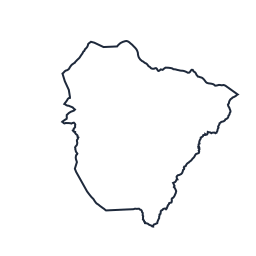 the district of Baringo North, Rift Valley, Kenya, rotated 208°
{"feature_id": "3690345B96976797039875", "entity_name": "Baringo North", "entity_type": "district", "adm_level": 2, "iso_a3": "KEN", "parent_name": "Kenya", "parent_adm1": "Rift Valley", "projection": "mercator", "projection_center": [35.764, 0.769], "detail": "fine", "context": "isolated", "style": "outline", "palette": "slate", "viewbox_px": 256, "rotation_deg": 208, "n_neighbors": 0, "source": "geoboundaries", "source_scale": "gbopen_adm2", "svg_char_len": 5679}
<svg xmlns="http://www.w3.org/2000/svg" viewBox="0 0 256 256"><g transform="rotate(208 128 128)"><path d="M136.8,192.0L137.6,192.2L138.9,192.2L140.0,192.8L141.2,193.3L142.2,193.5L143.7,193.4L144.9,193.6L145.9,193.8L147.2,193.7L148.2,194.0L148.8,194.1L149.3,194.2L149.9,194.5L150.4,194.8L151.1,195.1L151.4,195.3L152.2,195.9L153.1,196.9L153.8,197.7L154.5,198.9L155.7,200.1L157.3,201.3L159.4,202.2L161.1,202.7L163.5,203.5L165.6,203.9L167.1,204.3L168.9,204.4L170.2,204.1L171.3,203.3L173.0,201.6L174.5,199.5L175.1,198.0L175.6,196.5L175.9,194.9L187.6,188.0L197.9,187.5L201.2,186.7L201.7,185.6L202.2,184.6L202.6,183.4L202.2,182.0L202.1,180.5L202.3,179.4L202.6,178.2L203.0,177.2L202.8,176.2L202.8,175.4L203.3,174.6L203.3,173.4L203.2,172.4L203.4,171.4L203.6,169.8L203.7,168.5L203.8,167.4L204.1,166.2L204.5,165.2L204.9,164.0L205.2,162.8L205.6,161.7L205.5,160.9L206.2,159.7L206.7,158.7L207.3,157.5L207.6,156.3L207.7,155.4L207.9,153.9L207.8,152.8L208.3,151.4L209.1,150.2L209.9,149.5L210.5,148.3L210.9,146.5L211.4,145.3L205.8,139.7L198.1,133.8L193.8,128.1L193.4,127.3L194.4,126.5L194.8,125.3L194.8,124.2L194.9,123.1L195.1,121.7L195.4,120.3L195.5,119.3L194.4,119.4L193.3,119.2L192.0,119.3L190.9,119.8L189.5,119.9L187.9,120.1L186.5,120.2L185.0,119.7L183.5,119.4L183.8,118.2L184.9,116.8L185.8,115.9L186.5,114.8L187.3,113.4L187.7,112.1L188.2,110.8L187.6,109.5L186.8,108.3L186.5,107.2L187.2,106.2L187.8,105.1L188.3,104.0L188.9,103.0L189.0,102.6L188.0,102.6L187.2,102.1L186.2,102.2L185.8,102.6L185.4,103.2L184.2,103.7L182.9,104.4L182.0,104.8L181.0,105.2L180.1,105.3L179.4,106.3L178.3,107.3L177.0,106.9L176.1,106.2L175.8,105.1L175.1,104.0L175.3,102.9L175.6,101.9L175.1,100.9L175.6,100.0L174.3,99.3L172.8,99.7L172.4,98.8L171.1,98.2L169.5,97.9L168.8,97.4L168.5,96.5L167.4,96.4L167.4,95.5L167.2,94.6L167.4,93.6L167.4,93.3L167.2,92.9L166.7,92.1L166.0,91.4L165.5,90.3L165.4,89.9L165.2,88.5L165.6,87.2L165.6,86.0L164.9,85.3L164.6,84.5L163.9,83.9L163.2,83.0L162.4,82.4L161.5,82.0L161.0,81.7L160.7,81.6L160.6,80.8L161.0,79.9L160.8,78.8L160.2,77.2L159.2,75.9L158.1,74.9L157.1,73.9L155.8,67.1L155.0,66.4L154.1,65.7L153.7,65.3L153.2,64.9L134.4,52.8L132.1,51.7L130.1,50.8L127.7,49.8L126.3,49.4L125.1,49.0L123.4,48.0L121.4,47.0L120.2,46.6L118.7,46.5L117.4,46.3L116.6,46.1L115.4,45.9L114.3,45.8L113.8,45.7L113.3,45.6L112.4,45.5L111.3,45.4L110.0,45.1L108.7,44.9L89.8,56.1L86.0,58.3L84.9,59.0L84.1,59.9L83.5,60.2L83.1,60.4L82.3,60.7L81.4,61.3L80.3,61.9L79.2,61.6L78.8,61.6L78.3,61.8L77.5,61.6L76.8,61.2L76.2,60.4L75.2,60.0L74.5,58.8L74.1,57.8L73.2,57.3L72.9,56.2L72.3,55.4L71.9,54.2L70.5,53.9L69.8,52.9L68.8,52.9L68.3,52.0L66.8,52.6L65.3,52.8L64.1,52.5L62.9,52.6L61.4,52.8L60.6,52.5L60.3,52.5L59.5,52.8L60.0,53.6L59.8,55.0L59.0,55.8L58.4,56.6L57.5,57.7L58.0,59.2L58.1,60.3L58.2,61.4L58.2,61.8L58.2,62.6L58.2,63.2L58.9,64.3L59.0,65.5L59.6,66.4L59.0,67.5L59.5,68.8L60.0,69.9L59.8,71.0L59.5,71.2L59.1,71.7L59.0,72.8L58.2,73.8L57.3,74.4L56.3,74.1L56.0,75.1L56.3,76.3L56.2,77.3L56.5,78.1L56.4,79.0L56.1,80.0L56.4,80.9L55.7,81.7L54.7,82.6L54.8,83.5L55.0,83.9L55.1,84.3L55.6,85.0L56.1,85.8L56.0,86.2L56.0,86.9L55.8,87.2L55.5,87.4L55.2,88.4L55.1,89.6L55.1,90.6L55.3,91.6L55.2,92.6L55.4,93.2L55.6,94.0L55.8,94.9L56.5,95.5L57.4,96.2L58.6,97.0L59.8,97.4L59.7,98.7L60.9,99.5L61.6,100.2L62.4,100.7L61.6,101.7L61.0,102.5L60.8,103.6L60.9,105.2L60.2,105.8L61.3,106.6L62.2,107.7L62.1,108.9L61.7,109.8L60.8,110.5L60.1,111.4L59.4,112.4L59.1,113.8L59.3,115.5L59.7,116.7L59.2,117.9L59.4,118.7L60.2,119.4L60.2,120.4L59.2,121.3L59.2,121.9L59.3,123.0L59.1,124.3L58.6,125.4L58.1,126.1L57.9,127.2L57.3,128.1L56.9,129.4L56.7,130.4L56.6,131.4L56.3,132.0L56.0,133.1L55.9,134.1L55.9,134.7L56.0,135.0L55.9,136.0L55.8,136.8L55.3,137.4L54.5,138.3L53.8,139.1L54.0,140.5L55.0,141.3L54.8,142.5L55.0,142.8L55.4,143.0L56.2,143.2L56.9,144.1L56.1,144.4L56.5,144.8L57.0,145.2L57.4,145.6L57.7,146.0L58.0,146.8L57.5,147.8L58.4,148.7L58.7,149.8L58.9,151.0L58.8,152.2L58.9,153.1L59.3,153.7L58.7,154.6L58.0,155.8L58.2,157.1L57.3,157.7L56.6,158.1L57.0,158.9L55.8,158.8L55.1,159.5L55.2,160.7L55.7,162.0L54.6,162.2L53.4,162.7L52.0,162.5L51.5,163.3L50.5,164.0L49.4,164.6L48.4,164.4L47.9,165.1L47.6,165.5L47.8,166.1L47.8,166.4L47.7,167.4L48.2,168.7L48.3,169.8L48.2,170.7L49.0,171.3L49.1,172.6L49.0,174.0L49.4,175.1L48.9,176.0L48.5,177.2L47.3,178.2L46.6,179.0L46.0,180.3L46.1,181.3L45.6,181.9L45.0,182.8L44.6,184.0L44.7,185.1L45.1,186.0L44.8,186.8L44.8,187.8L45.0,188.3L45.1,188.8L45.2,189.3L45.2,189.7L45.1,190.1L45.4,191.0L46.3,191.9L47.4,192.8L48.2,193.6L49.0,194.0L49.4,194.2L50.0,194.7L50.4,195.2L50.8,195.7L50.5,196.8L50.6,197.4L50.9,198.2L51.1,199.4L51.1,199.8L51.1,200.3L50.9,201.7L50.2,203.0L50.0,204.0L49.1,205.0L48.6,205.8L48.4,206.1L48.1,206.5L47.7,207.3L47.6,207.7L47.3,208.5L46.9,209.1L61.9,211.1L63.7,210.9L64.5,210.3L65.3,209.7L66.9,209.2L68.0,208.7L68.7,208.0L69.7,207.1L70.9,206.3L72.3,206.6L73.0,206.7L73.6,206.6L74.1,206.5L74.6,206.4L75.6,206.1L77.2,205.5L78.0,205.2L79.5,204.9L80.7,205.1L82.0,205.7L83.5,206.4L84.7,206.8L86.0,207.1L87.0,207.0L88.3,206.7L89.7,206.5L90.5,206.2L91.4,206.7L92.7,207.2L93.6,208.0L94.7,208.6L96.0,208.7L97.2,209.0L98.1,209.7L99.1,209.3L99.3,208.8L99.4,208.6L99.5,207.8L99.5,207.0L99.9,205.7L101.1,204.9L103.0,204.9L104.0,204.8L104.6,204.7L105.3,204.6L105.7,204.5L106.6,204.2L107.7,203.7L108.2,203.5L108.9,203.2L109.8,203.0L110.5,202.8L111.9,202.4L112.9,202.2L114.0,201.9L115.6,201.2L116.7,201.4L118.4,201.0L120.8,200.1L122.0,199.5L123.3,198.8L124.1,197.2L124.7,195.6L126.6,195.1L126.9,194.2L127.4,193.1L128.0,192.6L128.6,192.8L129.4,193.2L130.5,193.9L131.4,194.0L132.1,193.5L132.7,192.7L133.6,192.1L134.0,191.9L134.6,191.7L135.8,191.6L136.3,191.8L136.8,192.0Z" fill="none" stroke="#1e293b" stroke-width="2"/></g></svg>